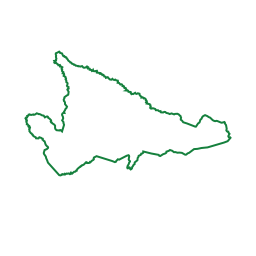 Maua, Niassa, Mozambique, rotated 192°
{"feature_id": "85939544B33000714085001", "entity_name": "Maua", "entity_type": "district", "adm_level": 2, "iso_a3": "MOZ", "parent_name": "Mozambique", "parent_adm1": "Niassa", "projection": "orthographic", "projection_center": [37.153, -13.899], "detail": "fine", "context": "isolated", "style": "outline", "palette": "green", "viewbox_px": 256, "rotation_deg": 192, "n_neighbors": 0, "source": "geoboundaries", "source_scale": "gbopen_adm2", "svg_char_len": 5967}
<svg xmlns="http://www.w3.org/2000/svg" viewBox="0 0 256 256"><g transform="rotate(192 128 128)"><path d="M25.7,139.7L26.2,140.1L26.9,139.7L27.6,140.0L27.8,140.5L28.2,140.9L27.5,143.3L28.1,143.6L28.7,144.6L29.2,144.8L29.3,145.3L30.5,145.3L31.3,146.1L31.3,147.8L32.7,151.2L34.2,152.6L34.4,153.5L35.0,153.9L36.8,152.9L37.8,152.6L42.1,153.4L42.9,153.4L44.2,152.8L45.4,152.9L46.8,153.3L49.8,155.2L51.5,155.5L52.7,156.1L55.3,156.6L56.9,155.3L57.7,154.0L58.0,152.3L58.9,151.2L59.2,148.3L60.4,147.0L61.8,143.5L62.5,143.3L71.2,144.7L75.2,145.1L76.6,146.4L78.1,147.1L78.3,147.7L78.2,149.1L79.3,150.8L79.8,150.8L81.1,151.8L82.6,152.2L85.1,151.5L85.7,150.9L88.4,151.3L90.2,150.3L91.6,150.7L93.6,150.7L94.8,151.4L95.9,151.3L97.0,150.4L98.1,150.4L98.8,150.1L99.3,150.3L99.7,151.2L100.2,150.9L101.3,151.0L102.3,151.6L104.5,151.2L105.2,152.2L106.2,152.4L107.8,152.5L108.8,151.9L109.8,151.8L110.5,152.3L110.1,153.2L110.2,153.6L110.5,153.7L111.0,154.7L110.9,154.9L111.2,155.0L111.7,155.8L114.5,155.8L114.2,156.3L114.8,156.8L115.6,156.9L115.4,157.5L115.1,157.5L115.1,158.0L115.6,158.6L116.3,158.7L116.4,159.5L116.9,160.1L118.0,160.6L118.6,160.2L119.4,160.9L121.2,160.5L121.2,161.4L122.4,161.8L123.6,162.9L123.9,163.9L125.6,164.0L126.5,163.2L126.8,163.1L127.7,163.3L128.3,163.9L130.0,162.3L130.5,162.4L131.6,161.8L132.7,162.8L132.6,163.5L132.9,163.8L135.1,163.5L135.7,164.5L137.5,164.3L137.1,164.6L137.0,165.0L138.1,165.7L138.4,166.5L138.9,166.6L139.2,166.2L139.9,166.4L140.7,168.0L141.1,168.1L141.6,167.8L142.1,167.8L142.2,168.5L142.9,169.3L143.7,169.4L144.5,168.9L146.1,170.2L147.5,170.1L147.4,171.1L147.8,172.2L149.3,172.1L150.5,172.7L151.4,172.1L153.1,172.4L153.5,172.8L154.3,171.8L155.8,171.7L156.3,171.9L156.6,172.3L157.4,172.6L158.4,173.5L160.0,172.5L160.3,173.2L160.7,173.5L161.9,173.4L162.8,174.7L163.8,175.0L164.2,174.5L165.0,175.3L166.6,175.2L166.5,176.0L170.1,175.7L170.4,176.6L170.1,177.2L170.3,177.5L172.4,176.6L173.5,176.5L173.8,176.6L174.3,177.5L174.7,176.5L175.1,176.2L176.0,177.1L177.7,177.0L177.8,177.3L177.6,177.8L177.9,178.1L178.9,178.1L179.7,177.8L180.3,178.5L179.9,179.3L180.9,179.7L181.9,178.5L183.1,177.9L184.1,177.8L185.8,179.0L187.2,178.2L188.1,178.3L189.4,178.0L189.7,178.3L190.3,178.1L191.5,178.3L192.1,178.1L193.5,178.9L194.0,178.6L194.9,179.1L196.4,179.3L197.0,180.1L198.1,180.1L198.6,180.7L200.4,181.5L201.5,182.8L202.6,183.3L202.8,184.1L203.8,184.5L204.1,184.3L204.7,184.4L205.3,185.1L205.8,184.8L206.5,185.1L208.0,187.2L210.2,187.4L210.5,188.0L211.2,188.4L212.9,186.9L213.8,186.4L214.1,186.0L214.1,185.3L213.3,183.7L213.3,182.6L212.4,180.8L212.7,180.0L212.4,179.1L212.8,178.7L214.1,178.3L213.3,177.2L213.6,176.6L212.9,176.3L212.0,176.9L210.9,176.1L209.8,175.7L209.2,174.9L207.7,175.5L207.3,175.0L207.5,174.4L207.3,174.0L206.3,174.2L204.8,173.8L204.8,173.4L205.3,172.8L205.3,172.0L204.4,171.2L204.5,170.2L203.8,169.4L202.9,169.3L202.7,168.5L203.0,167.9L202.0,167.9L201.6,167.3L201.8,165.6L199.9,165.1L199.7,164.2L199.2,164.0L198.8,163.2L199.1,162.5L198.2,161.6L197.9,160.1L197.0,159.7L196.4,159.2L196.3,157.5L196.5,156.6L196.0,156.0L194.7,155.7L194.6,154.6L194.3,154.4L194.3,154.1L195.1,153.6L195.3,152.9L193.6,151.1L193.4,148.3L193.6,147.9L194.5,147.2L196.5,145.0L196.6,144.3L196.4,144.0L196.8,142.4L196.3,141.1L195.7,140.9L194.9,139.7L194.6,138.3L192.1,136.2L192.4,134.6L193.1,133.7L193.4,132.0L194.0,130.6L193.3,129.5L194.2,129.4L194.9,128.9L195.2,128.3L195.3,127.2L193.9,125.3L193.5,124.2L193.4,123.6L194.0,121.8L192.3,120.3L192.2,119.5L191.2,117.8L191.8,110.9L192.7,111.4L193.0,111.9L194.0,111.9L194.5,111.3L197.5,111.0L199.0,112.1L199.4,113.1L199.8,115.1L200.8,116.0L203.2,116.9L203.6,117.5L204.4,117.5L205.0,118.3L204.7,119.2L205.0,119.7L206.8,120.9L208.2,121.4L208.7,122.3L209.2,122.5L210.2,122.2L211.5,121.1L213.1,122.6L214.7,122.5L216.5,123.1L217.8,123.2L218.4,123.0L218.8,123.2L220.3,123.4L221.6,122.0L222.9,121.3L223.4,121.6L225.2,120.7L226.3,120.6L227.0,120.9L228.0,120.4L227.9,119.7L228.1,119.3L229.1,118.8L228.8,118.2L228.9,117.3L229.1,117.0L229.9,117.0L230.3,116.2L229.7,115.6L229.6,115.2L228.5,114.6L228.4,113.9L228.9,113.5L228.4,112.3L227.7,111.3L227.7,110.6L226.8,110.6L226.0,109.8L225.6,109.7L225.8,109.3L225.0,109.1L225.1,108.7L224.4,108.7L223.9,108.1L223.9,107.9L224.5,107.5L224.1,106.7L224.4,106.2L223.9,105.5L223.8,104.4L221.9,102.7L221.0,102.5L220.4,101.7L219.9,101.7L219.3,101.1L219.3,100.8L218.5,100.3L216.3,99.7L215.8,98.8L213.4,99.2L212.8,100.5L210.9,100.3L210.2,99.9L209.2,99.8L209.1,98.8L208.7,98.7L207.8,97.9L206.8,97.6L205.1,94.6L203.6,93.4L202.6,93.0L202.1,92.3L202.1,91.8L203.0,90.5L205.0,89.1L205.2,86.0L204.8,85.2L202.4,82.9L201.8,81.5L200.4,79.6L199.1,77.5L185.5,67.6L184.2,67.6L183.1,68.3L183.2,68.8L182.4,69.3L181.5,69.1L180.9,69.2L180.5,70.1L180.1,70.1L179.7,69.6L178.5,70.7L178.0,70.6L176.7,71.2L175.4,70.8L174.8,72.0L174.6,71.5L174.3,71.3L173.5,72.2L173.1,71.9L171.5,74.1L170.7,74.2L170.1,74.8L169.9,75.5L169.3,75.6L169.3,76.3L168.9,77.5L167.2,79.7L166.5,80.1L166.4,80.8L165.6,81.2L165.5,81.8L163.8,82.8L161.8,85.9L160.9,85.7L161.0,85.2L160.8,85.2L159.1,85.6L158.6,85.9L158.2,86.8L157.7,86.6L156.5,88.5L155.2,89.7L154.9,90.5L155.3,91.0L155.2,92.0L152.9,93.9L136.6,92.4L133.7,91.9L132.8,92.5L132.7,93.2L131.4,95.3L130.1,95.2L123.5,100.6L121.8,101.5L121.3,101.2L120.9,100.3L120.8,97.5L120.4,96.8L119.3,96.1L119.1,95.6L119.7,94.3L119.8,92.8L120.5,90.7L120.5,89.1L120.1,88.5L119.7,88.5L118.8,89.7L118.3,89.8L117.7,89.3L117.4,88.4L116.8,88.0L116.1,88.6L115.7,89.6L115.8,90.7L115.1,92.1L115.0,92.9L114.0,94.1L114.3,95.2L114.2,95.8L112.1,98.4L112.3,100.7L111.8,101.8L111.8,103.0L110.0,104.3L109.7,105.7L108.9,105.9L108.0,106.9L108.2,108.2L99.9,107.9L92.4,108.1L91.6,107.3L90.6,107.3L88.3,109.6L86.5,110.7L85.8,111.3L85.4,111.9L85.5,112.9L83.4,114.1L82.4,115.2L80.0,114.9L78.0,113.9L76.6,114.3L74.5,114.1L72.8,114.6L70.1,114.9L66.7,113.8L65.9,113.9L65.4,114.2L64.5,115.5L63.1,116.4L59.0,121.1L55.8,122.0L52.0,123.7L46.1,125.6L31.1,133.7L27.8,135.8L25.7,139.7Z" fill="none" stroke="#15803d" stroke-width="2"/></g></svg>